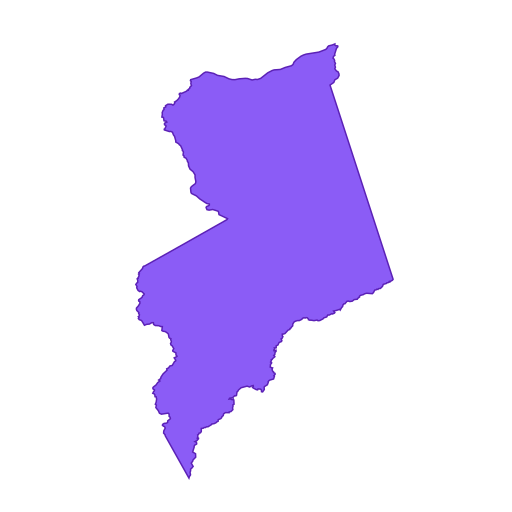 the district of Nova Mamoré, Rondônia, Brazil, rotated 72°
{"feature_id": "56859067B93107940497000", "entity_name": "Nova Mamoré", "entity_type": "district", "adm_level": 2, "iso_a3": "BRA", "parent_name": "Brazil", "parent_adm1": "Rondônia", "projection": "equal_earth", "projection_center": [-64.544, -10.405], "detail": "fine", "context": "isolated", "style": "filled", "palette": "violet", "viewbox_px": 512, "rotation_deg": 72, "n_neighbors": 0, "source": "geoboundaries", "source_scale": "gbopen_adm2", "svg_char_len": 6084}
<svg xmlns="http://www.w3.org/2000/svg" viewBox="0 0 512 512"><g transform="rotate(72 256 256)"><path d="M446.5,388.4L445.3,387.6L443.9,385.9L441.2,385.5L440.2,384.6L438.5,384.1L438.0,382.8L436.7,380.8L433.0,381.6L431.6,379.6L430.5,378.9L428.7,375.5L425.4,374.6L422.8,376.8L418.7,373.9L417.8,373.6L417.0,372.9L416.5,370.6L415.6,370.2L414.3,370.5L413.7,371.3L413.3,369.2L412.0,367.1L411.4,367.0L411.2,368.1L409.2,366.9L408.1,366.8L407.8,365.6L406.9,365.0L407.0,363.5L406.1,362.3L403.1,361.3L403.5,359.4L403.1,358.3L403.5,357.2L403.1,355.6L403.6,354.5L402.6,350.4L402.1,349.9L402.5,347.6L402.2,345.5L401.7,344.7L401.5,343.1L400.0,342.5L399.8,339.8L399.1,338.6L398.2,338.0L397.7,336.5L396.1,335.6L395.5,333.5L396.7,330.0L396.0,329.7L396.2,327.9L395.0,325.5L393.1,325.2L392.0,324.4L390.5,324.0L390.2,322.7L386.2,321.6L385.0,321.8L385.4,323.0L384.0,324.6L383.8,325.8L383.1,325.1L383.5,321.9L382.3,319.5L382.8,318.4L382.5,317.6L379.4,316.1L379.1,315.2L378.0,314.0L376.7,310.9L377.0,304.7L378.6,302.6L378.2,300.0L378.3,298.7L379.2,298.8L380.0,299.9L380.8,299.3L383.2,297.0L383.8,295.8L383.0,295.1L384.1,292.7L385.0,292.3L386.8,292.7L387.3,291.7L385.6,289.4L383.3,288.8L382.8,288.3L382.0,285.0L380.0,283.4L379.3,283.3L378.6,282.2L378.3,281.1L378.4,277.3L376.0,275.6L375.4,276.0L374.2,274.2L373.3,274.3L372.4,275.3L371.7,275.1L371.1,275.6L370.0,275.8L368.3,275.6L367.6,274.8L366.1,276.8L363.5,275.7L363.0,274.6L362.4,274.1L361.3,274.9L360.3,273.7L359.3,273.5L359.3,272.5L358.7,271.9L357.6,269.2L356.0,269.8L355.6,268.6L353.6,267.7L352.9,266.4L351.8,266.1L351.8,268.1L351.0,268.2L350.0,266.9L349.0,266.9L349.5,265.1L347.7,264.6L347.4,262.6L345.4,260.8L345.2,258.2L344.4,257.5L342.6,257.7L342.2,256.4L340.9,255.3L340.2,255.7L338.4,255.1L338.7,254.2L338.7,252.4L336.4,248.4L336.3,246.5L335.5,246.2L335.3,245.0L334.6,244.3L333.8,242.7L332.0,242.0L330.5,240.1L330.2,238.8L330.2,236.7L330.8,234.7L330.4,232.0L329.7,231.1L329.5,229.5L330.2,228.4L330.1,227.4L330.6,226.3L332.2,225.6L332.8,225.8L333.8,224.5L333.9,223.7L335.4,220.8L335.8,217.7L336.7,217.1L337.1,215.3L336.5,211.7L335.8,210.6L335.8,207.6L334.3,206.0L334.8,204.6L334.3,201.7L334.8,201.2L334.6,199.2L334.2,198.5L332.3,199.2L332.6,196.5L332.6,192.8L333.4,192.6L331.5,190.5L330.9,189.3L329.3,188.3L328.7,187.2L328.9,186.2L327.2,183.5L327.4,182.1L328.3,180.9L328.7,178.4L327.8,176.1L328.4,173.0L327.8,172.4L327.0,170.2L326.3,170.1L325.7,168.9L325.9,165.7L325.5,164.6L325.6,162.3L327.8,157.0L327.1,155.6L325.1,153.6L325.3,152.1L324.9,151.2L325.5,150.4L324.9,149.5L325.3,147.7L324.0,145.1L322.3,143.7L322.4,140.5L321.9,139.8L322.2,138.8L322.0,137.8L321.4,137.1L322.1,136.7L321.6,135.7L321.2,133.7L320.5,132.8L116.3,132.8L115.0,128.4L112.8,126.6L112.1,123.4L110.0,121.2L108.3,120.8L106.0,121.1L105.0,122.3L102.2,123.2L101.0,122.1L98.7,122.1L97.4,120.9L95.5,121.3L94.2,120.8L92.9,120.9L91.6,121.6L90.0,120.5L89.6,119.0L88.3,118.8L83.4,115.3L82.3,113.5L81.4,113.4L80.6,115.3L79.6,115.9L78.7,115.5L78.9,118.2L78.6,121.9L79.2,123.2L80.4,124.4L81.1,125.9L81.5,133.2L79.5,145.9L79.5,148.7L79.9,151.6L81.7,157.0L83.4,160.0L85.3,161.6L86.0,163.5L85.7,169.9L86.1,175.2L84.6,181.3L84.6,183.4L85.4,188.2L88.5,196.6L88.6,200.0L87.7,202.1L87.4,205.3L84.5,209.3L83.7,211.4L82.3,217.2L81.8,221.5L80.8,224.3L79.2,226.9L75.4,230.9L72.3,236.8L69.3,239.8L66.0,245.5L65.5,247.2L65.9,249.3L68.1,254.8L68.3,257.3L68.1,263.6L69.0,264.2L70.0,263.7L71.9,264.7L74.0,264.7L75.1,266.8L76.0,267.2L76.7,269.0L77.4,269.2L77.1,270.1L77.8,271.1L78.4,276.6L77.8,277.2L77.8,278.6L78.8,279.1L79.6,278.5L81.2,279.4L82.8,281.5L83.8,283.5L84.4,285.9L85.2,285.8L86.6,287.4L86.8,288.4L85.6,289.4L84.4,293.0L85.1,295.6L86.3,295.7L86.7,297.9L88.3,298.2L88.7,299.3L90.6,300.9L92.3,301.3L94.8,302.6L95.6,301.2L99.0,301.7L100.1,299.7L101.1,299.4L101.4,301.7L102.0,302.3L103.0,302.4L103.9,301.5L104.7,301.4L106.8,303.3L107.0,304.1L107.8,304.2L110.9,299.9L111.2,298.5L112.5,297.2L115.2,297.1L117.1,296.5L121.6,296.7L122.8,297.1L125.4,294.8L126.4,294.6L127.8,293.6L132.2,293.1L133.0,293.5L133.9,292.9L134.7,292.9L137.5,294.2L138.3,293.6L140.0,293.8L141.2,292.4L143.7,291.8L145.0,292.0L146.3,291.5L149.5,292.3L153.1,291.9L156.3,289.8L160.0,288.9L162.5,289.7L166.5,290.2L167.8,290.8L168.5,291.5L170.0,295.9L171.2,297.3L175.3,298.2L176.6,298.0L180.4,294.1L184.4,291.8L189.8,287.5L191.0,286.4L192.1,284.3L193.1,284.6L193.5,285.3L193.7,287.8L194.5,288.5L196.8,288.3L197.9,286.4L198.4,282.8L201.6,278.3L202.4,278.0L205.2,278.4L211.7,271.5L212.3,272.1L212.6,273.2L223.6,327.4L231.1,365.0L231.0,366.0L231.4,366.8L232.8,367.8L235.6,372.6L236.3,372.3L236.9,373.3L237.7,372.9L239.5,374.0L240.1,374.9L240.8,375.0L241.0,376.1L242.6,376.0L244.6,376.7L244.8,377.6L245.9,379.1L248.3,378.6L249.4,379.3L252.3,378.8L253.9,377.6L253.8,376.7L254.9,375.4L257.5,374.1L258.2,374.4L258.7,376.0L260.2,377.3L261.3,381.0L262.0,381.4L262.8,381.4L263.4,380.6L265.1,381.0L267.2,383.4L268.5,385.7L269.5,386.2L271.0,386.2L273.6,384.9L274.5,385.4L275.8,385.0L276.9,385.6L277.3,386.7L278.3,386.3L279.1,387.2L280.5,386.7L281.8,385.0L282.6,384.6L287.4,383.5L287.2,381.1L287.8,378.4L287.2,375.8L287.7,374.2L289.5,374.5L291.0,373.3L292.2,370.1L293.7,368.3L294.2,366.9L297.8,368.6L298.8,367.7L299.8,365.7L302.3,363.8L303.2,363.5L306.5,363.9L307.5,363.5L308.3,362.5L309.2,363.0L311.0,362.9L312.1,363.4L312.7,364.3L314.3,364.4L315.2,363.6L318.7,362.8L320.1,364.4L320.9,364.5L323.4,362.1L325.4,362.7L326.2,362.2L327.1,362.2L327.6,365.3L330.3,364.5L331.0,364.9L331.2,366.1L334.2,369.5L334.0,371.9L335.4,373.8L335.7,375.8L337.1,375.9L339.4,380.8L341.9,383.9L343.1,384.5L343.9,386.9L345.2,386.0L346.0,388.6L347.7,390.8L348.9,394.1L349.6,394.9L350.6,395.0L352.0,393.9L352.8,394.3L353.3,395.3L354.7,396.6L355.6,395.5L356.7,395.1L358.6,395.5L359.0,394.5L361.3,394.7L364.3,396.2L365.9,397.6L367.0,396.8L369.2,398.1L372.9,396.7L375.7,396.4L377.2,394.8L378.3,388.1L379.5,387.5L381.8,388.2L382.8,387.5L384.3,387.7L385.5,390.9L387.0,391.5L387.3,392.9L386.8,395.0L387.1,396.4L387.9,397.3L389.2,396.7L390.0,395.7L391.6,395.5L393.9,397.8L395.9,398.6L397.9,397.7L398.8,397.9L446.5,388.4Z" fill="#8b5cf6" stroke="#5b21b6" stroke-width="1.5"/></g></svg>